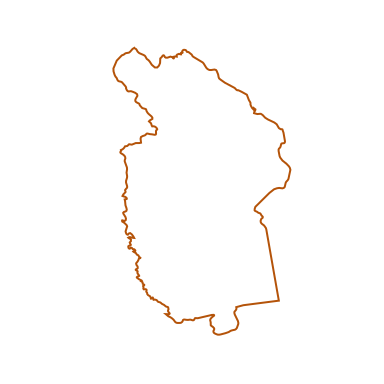 the border of Mbomou, rotated 117°
{"feature_id": "CAF-868", "entity_name": "Mbomou", "entity_type": "Prefecture", "adm_level": 1, "iso_a3": "CAF", "parent_name": "Central African Republic", "parent_adm1": "", "projection": "equal_earth", "projection_center": [23.723, 5.441], "detail": "fine", "context": "isolated", "style": "outline", "palette": "amber", "viewbox_px": 384, "rotation_deg": 117, "n_neighbors": 0, "source": "natural_earth", "source_scale": "10m", "svg_char_len": 6026}
<svg xmlns="http://www.w3.org/2000/svg" viewBox="0 0 384 384"><g transform="rotate(117 192 192)"><path d="M261.6,228.0L260.7,227.4L260.3,226.6L259.6,223.7L259.2,222.7L258.2,224.1L257.1,226.3L256.7,228.4L257.4,229.3L259.2,229.8L259.3,231.0L258.4,232.3L257.2,233.3L252.0,234.2L251.2,235.2L250.3,238.0L250.1,239.1L250.0,240.7L249.4,241.3L248.9,241.3L248.4,238.9L247.2,238.3L245.8,238.7L244.5,239.9L242.4,243.4L241.7,243.9L240.7,243.6L239.4,242.3L238.5,241.9L237.2,242.2L236.0,243.2L234.1,245.2L230.5,247.5L229.2,248.6L228.1,247.2L227.7,247.0L227.2,247.3L226.9,247.9L226.7,248.8L226.7,249.9L227.0,250.9L227.1,252.1L225.3,252.1L222.3,251.2L221.8,251.4L221.0,252.3L220.4,252.5L217.6,251.8L216.3,252.4L213.6,255.0L212.0,255.8L208.7,256.4L207.3,257.0L204.5,259.1L201.2,260.2L199.7,261.1L195.3,265.8L194.1,266.4L192.4,266.6L191.2,267.4L190.4,268.6L189.9,270.4L189.7,273.0L189.4,273.7L188.8,274.0L187.5,273.9L186.9,274.4L185.7,273.4L184.4,272.8L183.1,272.5L181.7,272.4L180.5,270.7L180.2,270.5L178.0,269.7L177.1,267.1L174.0,264.4L172.2,261.0L171.2,259.8L167.9,262.0L166.2,262.4L164.6,261.4L163.0,259.8L162.1,259.3L161.2,259.1L160.3,258.6L159.9,257.3L159.6,255.9L158.8,253.9L158.0,251.3L157.4,250.5L156.6,250.4L154.0,251.8L153.0,251.8L152.3,251.5L151.8,251.5L151.1,252.5L150.7,253.7L150.6,254.9L150.9,256.1L151.6,257.2L151.0,258.1L149.4,259.7L148.6,262.4L147.4,262.1L144.9,260.5L143.7,261.1L143.0,262.5L142.2,265.8L141.7,267.3L141.0,268.5L140.3,269.5L139.2,270.4L139.2,271.5L139.8,274.4L138.5,277.8L137.5,278.8L137.3,279.3L137.3,281.6L137.2,282.7L136.8,283.6L135.8,284.3L134.3,284.5L131.1,284.3L129.8,285.3L129.4,287.7L129.6,290.3L129.9,292.2L131.2,294.2L131.3,294.9L131.0,296.0L130.3,297.0L129.5,297.9L128.7,298.2L128.1,299.1L126.0,304.2L126.0,305.3L126.5,307.3L126.5,308.2L126.1,309.1L124.5,311.1L123.9,312.6L122.6,314.3L120.1,316.7L117.6,318.1L109.1,318.7L102.2,316.6L100.6,315.2L98.9,314.4L98.2,313.8L96.5,311.5L95.1,310.8L91.5,309.9L89.9,308.9L90.0,308.8L90.0,307.0L90.4,306.0L91.6,304.2L92.0,302.9L92.2,302.0L91.9,297.2L92.0,296.0L92.3,295.2L93.8,293.0L94.0,292.5L94.3,290.6L95.0,288.9L96.9,285.6L97.9,281.6L96.8,279.5L94.4,278.8L91.6,279.0L87.4,280.9L85.7,280.3L83.8,280.0L83.2,279.6L83.1,278.8L84.1,277.4L84.2,276.4L83.4,274.8L81.2,272.7L80.8,270.7L81.4,269.6L81.3,269.0L80.9,268.9L80.4,269.1L79.8,269.7L79.0,268.7L78.3,267.0L77.2,267.8L76.3,267.6L74.9,266.4L74.6,264.9L74.3,264.3L73.2,265.0L72.8,264.8L72.4,263.7L72.0,263.7L71.1,264.6L69.9,264.5L68.9,263.7L68.4,262.1L68.7,261.3L69.4,260.1L68.9,258.6L69.7,254.7L70.8,253.0L71.0,251.5L71.7,241.3L72.2,240.0L74.8,235.7L75.4,234.0L75.4,232.0L74.7,230.4L72.7,227.6L72.4,226.0L72.9,225.0L75.4,222.1L77.5,220.5L78.5,219.4L78.9,217.7L79.7,212.3L79.9,201.9L80.0,200.9L80.6,199.4L80.8,198.3L80.8,197.8L80.5,197.4L80.3,196.9L80.2,193.4L80.4,187.3L84.3,183.0L85.6,180.9L86.1,180.3L87.4,179.7L88.5,178.6L89.9,176.5L90.5,174.8L89.2,175.1L89.6,173.0L90.8,172.7L92.3,172.9L93.6,172.5L92.9,169.2L91.4,166.8L91.1,166.1L91.3,164.1L92.6,160.5L92.9,157.2L92.7,150.2L93.2,147.3L95.6,143.6L95.8,141.5L95.3,140.6L95.2,139.9L95.6,139.4L96.4,138.7L97.5,137.5L104.3,132.4L105.2,131.9L106.3,131.9L106.8,132.3L107.7,133.7L108.2,134.2L108.8,134.3L111.5,133.7L112.3,133.7L114.0,134.2L114.9,134.1L116.2,133.4L120.2,130.3L121.3,129.0L122.9,125.7L124.0,120.5L125.2,117.1L126.2,115.6L127.6,114.4L136.6,112.0L138.1,112.1L140.2,112.7L141.3,112.7L144.4,111.9L145.5,111.7L146.3,111.9L146.9,112.3L147.7,113.1L148.8,116.2L150.1,118.0L152.3,120.1L157.7,122.6L176.4,128.8L178.5,128.5L179.9,127.9L180.2,127.2L180.1,124.9L180.4,123.5L180.1,121.6L180.3,121.0L181.3,119.5L181.9,117.8L182.3,117.5L183.1,117.4L184.3,118.0L185.1,118.0L186.4,117.8L187.5,117.2L188.3,116.2L188.6,115.4L189.1,112.6L190.5,109.9L191.5,108.9L249.4,65.3L269.6,94.9L274.5,100.3L275.3,99.7L276.2,99.3L277.3,99.3L279.4,99.8L280.5,99.4L281.8,98.2L286.1,92.5L287.7,91.2L288.8,90.8L292.8,90.3L294.2,90.6L295.2,91.2L297.0,93.4L298.2,94.6L300.1,95.7L302.6,98.1L305.9,101.8L306.8,103.0L307.4,104.3L307.6,105.6L307.7,107.2L307.5,108.6L306.9,109.4L306.0,109.8L304.7,109.8L303.9,110.0L303.3,110.6L302.8,111.9L302.4,114.4L302.2,114.8L299.6,116.2L298.0,117.6L297.0,117.9L295.8,117.7L294.5,117.3L292.1,116.2L291.7,116.4L291.6,116.9L292.6,118.6L301.8,129.5L302.9,131.9L303.4,132.1L304.8,132.1L305.5,132.4L305.9,132.9L306.1,133.5L306.3,134.8L306.6,135.8L307.8,137.5L308.7,139.6L308.9,140.5L309.5,141.5L310.2,141.9L311.6,141.7L312.5,141.9L313.7,142.6L315.1,145.1L315.6,146.6L315.4,148.0L314.1,150.6L313.5,153.1L313.4,154.9L313.5,156.6L312.7,159.9L311.4,157.1L310.8,156.7L310.5,156.7L310.2,157.0L309.5,158.6L309.0,159.3L308.3,159.6L307.1,159.7L305.6,160.9L305.5,161.5L305.8,162.8L305.8,163.5L305.3,165.6L305.3,168.1L304.9,169.5L304.8,170.1L305.2,172.2L305.1,172.9L304.5,174.0L304.4,174.6L304.5,175.3L304.7,176.3L305.5,177.3L305.4,177.6L304.2,178.5L303.9,179.1L304.1,179.3L305.5,179.9L305.7,180.1L305.6,180.3L304.5,181.3L304.0,181.9L303.8,184.4L303.2,185.6L302.2,186.2L301.6,187.5L300.3,187.8L299.7,188.2L299.6,188.6L299.7,189.3L300.5,190.6L300.6,190.8L300.4,191.2L300.0,191.6L298.8,192.0L298.0,192.9L297.7,192.9L296.8,192.3L296.5,192.3L296.3,192.5L296.3,193.4L296.1,194.3L295.2,194.8L294.8,195.3L294.6,197.2L294.4,197.2L293.8,196.7L293.7,196.9L293.8,199.4L293.4,202.0L293.2,202.4L292.9,202.5L292.1,202.1L291.0,201.1L290.7,201.0L290.3,201.5L289.2,203.6L288.7,204.0L287.4,204.4L287.2,204.7L287.1,206.3L286.9,206.8L286.6,206.9L286.3,206.8L285.1,205.9L284.5,205.8L283.4,206.4L283.0,206.8L282.3,208.2L281.4,209.1L280.9,209.4L278.4,208.9L276.8,208.9L275.3,209.1L274.4,208.1L274.1,208.1L273.7,209.8L273.0,210.7L272.8,211.1L272.8,212.8L271.9,214.2L271.8,216.9L271.7,217.3L271.3,217.1L270.9,216.3L270.4,215.8L270.1,215.8L269.8,216.0L269.4,216.9L269.3,217.6L269.8,218.9L269.2,220.0L269.2,220.7L269.4,221.1L269.7,221.4L270.4,221.5L270.9,222.0L270.9,222.5L270.7,223.1L269.9,223.8L269.3,224.1L268.6,223.8L267.6,222.6L267.1,222.5L266.6,222.7L266.2,223.6L265.2,224.6L263.7,224.1L262.1,224.8L261.8,225.9L261.8,227.2L261.6,228.0Z" fill="none" stroke="#b45309" stroke-width="2"/></g></svg>